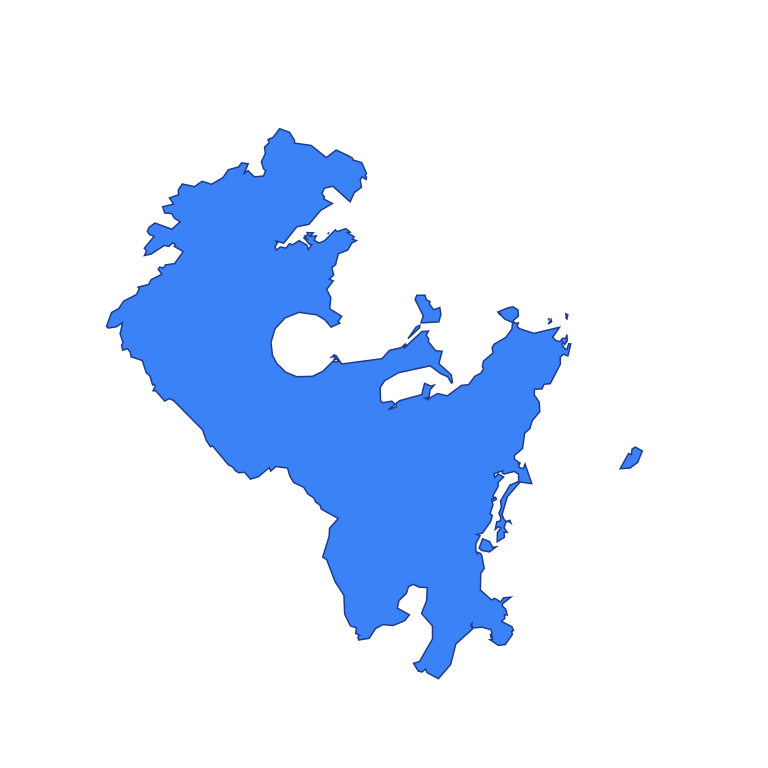 Sligo-Drumcliff Lea-5, Sligo, Ireland (orthographic projection), rotated 143°
{"feature_id": "5873133B89616968350212", "entity_name": "Sligo-Drumcliff Lea-5", "entity_type": "district", "adm_level": 2, "iso_a3": "IRL", "parent_name": "Ireland", "parent_adm1": "Sligo", "projection": "orthographic", "projection_center": [-8.517, 54.315], "detail": "fine", "context": "isolated", "style": "filled", "palette": "blue", "viewbox_px": 768, "rotation_deg": 143, "n_neighbors": 0, "source": "geoboundaries", "source_scale": "gbopen_adm2", "svg_char_len": 6179}
<svg xmlns="http://www.w3.org/2000/svg" viewBox="0 0 768 768"><g transform="rotate(143 384 384)"><path d="M523.3,127.5L517.9,115.9L499.6,119.9L483.1,133.1L460.6,135.1L460.1,138.4L459.1,139.7L457.8,139.9L459.8,138.0L458.8,135.0L452.1,130.8L446.4,123.4L447.8,119.9L449.9,119.7L451.4,116.2L448.8,119.0L451.1,114.6L453.2,116.0L450.0,106.5L444.0,102.9L432.0,106.8L431.2,109.6L428.9,109.1L427.9,113.3L433.1,123.6L428.4,124.2L426.7,127.3L424.7,125.3L422.3,130.8L423.1,135.4L421.6,137.1L411.0,137.4L417.1,141.3L422.0,139.8L424.6,146.1L428.2,146.9L431.0,161.5L420.7,174.5L414.9,176.5L408.8,188.9L409.2,191.6L412.0,192.6L410.6,193.4L411.6,194.8L406.7,201.2L398.7,205.0L400.3,207.9L395.0,205.7L381.7,209.9L376.6,213.9L377.4,216.6L369.7,221.8L367.7,227.1L365.7,227.2L366.8,224.6L363.5,224.4L363.1,226.5L365.3,227.3L363.4,229.6L354.6,233.4L352.1,236.7L344.4,237.7L346.9,243.5L351.7,242.5L350.1,246.2L341.5,243.3L343.2,241.5L342.1,239.7L332.6,235.8L330.8,231.0L335.1,225.2L344.3,227.4L361.2,220.5L364.6,214.8L369.9,211.8L371.3,206.6L373.8,204.7L376.8,206.1L382.6,201.0L378.5,201.2L377.3,198.8L382.8,197.1L388.6,189.9L380.1,189.1L377.4,193.3L374.9,191.3L374.7,196.8L370.0,200.4L366.9,199.1L366.3,196.6L365.5,199.3L369.0,200.6L369.7,203.4L368.3,208.6L353.5,219.7L334.2,223.8L326.0,215.5L319.5,235.2L323.6,232.6L325.9,235.2L325.9,237.5L323.2,238.7L325.3,240.0L323.2,239.6L325.1,245.2L322.9,248.4L312.2,249.1L301.2,260.1L294.4,260.6L287.6,265.5L276.2,268.2L271.0,276.0L270.5,285.0L267.0,289.2L260.7,285.0L256.3,287.5L251.1,284.2L231.2,293.7L227.1,299.4L222.9,299.9L220.2,295.8L210.7,303.6L212.3,305.0L217.1,301.5L218.5,303.4L218.1,308.6L216.0,309.9L216.0,306.7L211.7,308.2L208.2,313.3L211.6,311.1L213.9,313.1L217.8,311.9L220.6,315.1L221.2,319.7L209.7,323.7L233.8,334.2L242.5,346.7L243.0,350.1L239.9,351.8L243.1,354.0L242.7,356.9L235.8,357.3L232.4,362.6L234.5,368.0L239.4,370.3L249.8,373.0L249.9,370.2L247.5,370.4L249.4,369.9L248.4,363.1L244.3,355.7L248.8,350.9L258.7,347.9L272.0,349.5L275.9,347.9L278.2,343.2L290.9,342.4L295.1,338.6L294.9,336.5L300.0,334.4L306.9,335.5L316.9,332.5L322.9,336.3L340.6,336.4L346.9,344.1L358.4,345.7L357.9,344.1L359.8,348.0L356.4,346.0L350.7,351.6L344.7,353.0L347.8,354.1L351.2,360.1L360.2,352.8L381.3,361.2L385.5,361.4L387.8,358.5L396.1,360.7L387.3,361.0L388.1,365.6L396.6,370.0L396.7,372.9L389.2,383.5L381.4,386.2L365.9,384.4L336.2,370.7L332.5,358.1L328.8,351.5L329.6,344.2L328.4,344.0L324.8,350.9L327.9,367.2L317.9,375.2L322.7,379.4L323.1,391.4L321.3,392.7L320.8,397.7L316.6,399.4L322.0,403.1L346.1,400.6L345.1,402.7L342.8,400.9L342.9,403.2L348.1,402.6L359.5,407.6L370.3,405.4L405.7,425.4L405.2,435.4L406.4,437.3L409.5,436.9L405.9,435.4L409.6,433.3L406.6,432.5L406.5,428.9L411.6,432.8L425.4,431.0L436.6,433.2L449.5,442.5L455.3,452.5L457.3,464.7L455.8,474.1L449.1,485.4L437.7,493.7L423.2,496.3L408.8,492.4L396.1,479.7L392.6,470.8L392.0,461.2L382.7,459.2L383.1,461.5L377.0,463.5L382.1,476.8L374.6,484.8L372.8,494.1L362.5,496.9L364.6,500.6L358.5,501.5L355.6,508.4L350.9,508.4L342.2,515.5L332.4,512.8L325.0,515.9L319.7,515.1L322.1,518.7L319.2,519.5L322.2,526.9L319.6,525.7L321.0,531.0L329.8,534.0L330.1,536.4L345.2,534.2L350.9,535.6L353.3,540.8L348.9,543.1L354.3,546.5L349.5,547.3L354.3,551.2L355.1,548.8L358.3,549.9L358.2,546.5L360.1,549.5L359.4,540.4L357.8,538.8L363.5,536.9L362.0,541.3L365.5,549.6L373.2,550.2L375.0,552.9L380.5,551.5L384.3,555.8L389.4,555.7L388.4,559.2L383.8,561.0L384.6,563.9L379.4,556.8L359.0,562.0L347.8,556.7L329.9,560.8L316.5,559.2L320.9,568.2L318.9,569.2L319.1,573.4L313.6,576.3L305.8,572.6L301.4,549.9L292.6,554.7L283.6,554.7L280.1,561.4L277.0,562.7L275.2,558.1L273.5,559.6L273.9,561.8L271.3,562.6L268.6,574.2L274.1,581.8L273.3,583.6L274.9,587.3L281.4,599.6L293.8,599.6L298.6,618.4L310.4,630.2L308.8,632.6L308.0,641.9L313.7,650.7L324.3,647.7L329.5,649.1L330.3,645.8L336.9,645.1L340.1,639.4L348.2,635.3L350.8,628.2L350.0,625.7L355.1,622.6L362.9,627.5L364.2,636.3L368.8,636.4L359.9,641.6L364.6,646.3L369.5,644.9L379.5,648.8L388.2,645.8L401.5,647.3L407.3,655.4L416.5,655.6L424.7,665.1L431.5,662.8L434.1,658.8L443.4,661.7L443.8,654.3L454.1,658.8L456.2,652.6L451.0,647.8L451.7,642.7L449.2,636.3L460.3,635.3L470.0,650.4L477.4,650.5L481.2,648.3L481.3,644.4L478.7,640.3L493.7,636.7L493.6,633.1L498.0,630.8L491.8,627.9L476.1,626.9L473.0,623.3L467.7,623.9L466.6,621.0L468.7,620.2L464.8,610.9L466.1,610.1L478.8,606.2L486.9,610.7L490.1,609.3L493.0,612.5L495.4,611.3L495.3,605.3L507.1,607.5L512.1,605.1L522.2,609.4L522.0,607.4L527.8,604.4L542.2,606.9L550.2,603.9L558.7,605.0L571.0,596.9L570.5,594.6L563.1,590.7L555.9,590.4L564.6,582.8L567.5,574.1L570.3,572.8L572.3,568.2L567.6,566.6L567.5,561.9L569.7,558.1L562.9,548.2L567.1,536.2L566.1,531.5L569.4,522.4L567.7,522.0L567.8,520.0L572.5,517.6L570.4,516.0L569.4,502.4L564.2,501.5L562.0,497.3L556.5,456.5L559.8,446.3L560.4,438.3L558.2,437.7L556.9,413.1L554.8,408.7L554.9,404.3L553.4,400.5L548.5,397.4L547.9,388.4L539.9,385.5L526.0,386.3L526.9,382.6L520.1,383.2L511.6,374.9L514.6,367.1L515.4,359.6L510.3,349.8L511.0,342.0L508.6,335.2L509.6,331.0L508.0,325.5L509.4,321.8L501.5,304.2L514.4,301.5L519.3,295.5L537.1,282.7L535.5,278.1L542.0,255.5L543.2,239.3L553.9,223.9L556.4,211.0L552.7,205.8L556.8,201.8L554.6,197.8L557.2,197.6L558.3,194.8L548.9,189.8L537.9,193.8L529.7,192.5L522.2,185.7L510.0,182.5L502.6,184.4L508.2,196.9L502.5,202.0L492.1,203.3L486.6,207.3L481.4,206.6L478.1,200.5L472.0,195.4L480.4,185.3L492.1,178.2L490.9,161.6L498.7,151.2L522.7,141.0L528.5,143.2L529.4,134.0L526.9,131.1L522.4,131.2L523.3,127.5ZM297.9,430.3L304.4,435.1L308.3,432.7L311.6,414.8L317.7,410.6L302.9,400.6L296.8,405.2L293.4,411.5L299.7,413.4L299.6,420.5L297.6,422.1L299.4,425.7L297.9,430.3ZM228.5,168.7L218.0,175.1L221.3,182.4L225.1,182.7L228.9,178.7L230.4,181.3L246.4,174.2L238.0,168.8L228.5,168.7ZM400.9,186.5L392.4,186.4L395.6,188.3L394.5,194.7L398.4,201.0L406.8,195.6L406.2,192.3L400.9,186.5ZM337.4,405.8L321.8,407.5L320.1,409.3L324.0,410.2L337.4,405.8ZM196.5,330.6L199.1,326.5L198.7,325.8L195.5,328.7L196.5,330.6ZM216.8,333.1L212.7,332.9L211.8,334.8L216.8,333.1ZM337.0,538.1L338.8,537.6L336.7,538.1L337.0,538.1ZM213.0,336.5L213.6,336.8L214.3,336.0L213.0,336.5Z" fill="#3b82f6" stroke="#1e3a8a" stroke-width="1.5"/></g></svg>